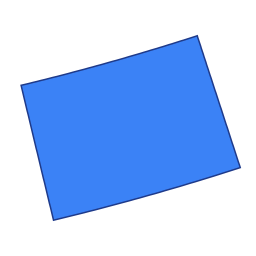 the border of Colorado, rotated 344°
{"feature_id": "USA-3522", "entity_name": "Colorado", "entity_type": "State", "adm_level": 1, "iso_a3": "USA", "parent_name": "United States of America", "parent_adm1": "", "projection": "orthographic", "projection_center": [-105.117, 39.0], "detail": "fine", "context": "isolated", "style": "filled", "palette": "blue", "viewbox_px": 256, "rotation_deg": 344, "n_neighbors": 0, "source": "natural_earth", "source_scale": "10m", "svg_char_len": 2071}
<svg xmlns="http://www.w3.org/2000/svg" viewBox="0 0 256 256"><g transform="rotate(344 128 128)"><path d="M37.0,57.5L41.1,57.7L45.2,57.9L49.3,58.0L53.4,58.2L57.5,58.3L61.6,58.5L65.7,58.6L69.8,58.7L73.9,58.9L78.0,59.0L82.2,59.1L86.3,59.2L90.4,59.2L94.5,59.3L98.6,59.4L102.7,59.5L106.8,59.5L110.9,59.6L115.0,59.6L119.1,59.7L123.2,59.7L127.4,59.7L131.5,59.7L135.6,59.8L139.7,59.8L143.8,59.8L147.9,59.7L152.0,59.7L156.1,59.7L160.2,59.7L164.3,59.6L167.6,59.6L171.6,59.5L174.7,59.5L177.8,59.5L180.9,59.4L184.0,59.4L187.1,59.3L190.3,59.2L193.4,59.2L196.5,59.1L199.6,59.0L202.7,58.9L205.8,58.9L208.9,58.8L212.0,58.7L215.2,58.6L218.3,58.5L220.0,58.4L220.0,60.6L220.1,62.7L220.2,64.9L220.3,67.1L220.4,69.2L220.4,71.4L220.5,73.6L220.6,75.7L220.7,77.9L220.7,80.1L220.8,82.2L220.9,84.4L221.0,86.6L221.0,88.7L221.1,90.9L221.2,93.0L221.3,96.3L221.4,99.5L221.6,102.8L221.7,106.0L221.8,109.3L221.9,112.5L222.0,115.8L222.2,119.0L222.3,122.3L222.4,125.5L222.5,128.8L222.6,132.0L222.8,135.3L222.9,138.5L223.0,141.8L223.1,145.0L223.2,148.3L223.3,151.5L223.5,154.8L223.6,158.0L223.7,161.3L223.8,164.5L223.9,167.8L224.0,171.0L224.2,174.3L224.3,177.5L224.4,180.8L224.5,184.0L224.6,187.3L224.7,190.5L224.9,193.8L225.0,197.0L222.3,197.1L218.9,197.2L215.5,197.3L212.1,197.4L208.6,197.5L205.2,197.6L201.8,197.7L198.4,197.8L193.1,197.9L187.9,198.0L182.7,198.1L177.5,198.2L172.2,198.2L167.0,198.3L161.8,198.4L156.5,198.4L151.3,198.4L146.1,198.4L140.8,198.5L135.6,198.5L130.4,198.4L125.1,198.4L119.9,198.4L114.7,198.3L109.4,198.3L104.2,198.2L99.0,198.1L93.7,198.0L88.5,197.9L83.3,197.8L78.1,197.7L72.8,197.6L67.6,197.4L62.4,197.3L57.1,197.1L51.9,196.9L46.7,196.7L41.5,196.5L36.2,196.3L31.0,196.1L31.2,191.8L31.4,187.5L31.6,183.1L31.7,178.8L31.9,174.5L32.1,170.1L32.3,165.8L32.5,161.5L32.7,157.1L32.8,152.8L33.0,148.5L33.2,144.1L33.4,139.8L33.6,135.5L33.8,131.2L34.0,126.8L34.1,122.5L34.3,118.2L34.5,113.8L34.7,109.5L34.9,105.2L35.1,100.8L35.3,96.5L35.5,92.2L35.7,87.8L35.8,83.5L36.0,79.2L36.2,74.9L36.4,70.5L36.6,66.2L36.8,61.9L37.0,57.5Z" fill="#3b82f6" stroke="#1e3a8a" stroke-width="1.5"/></g></svg>